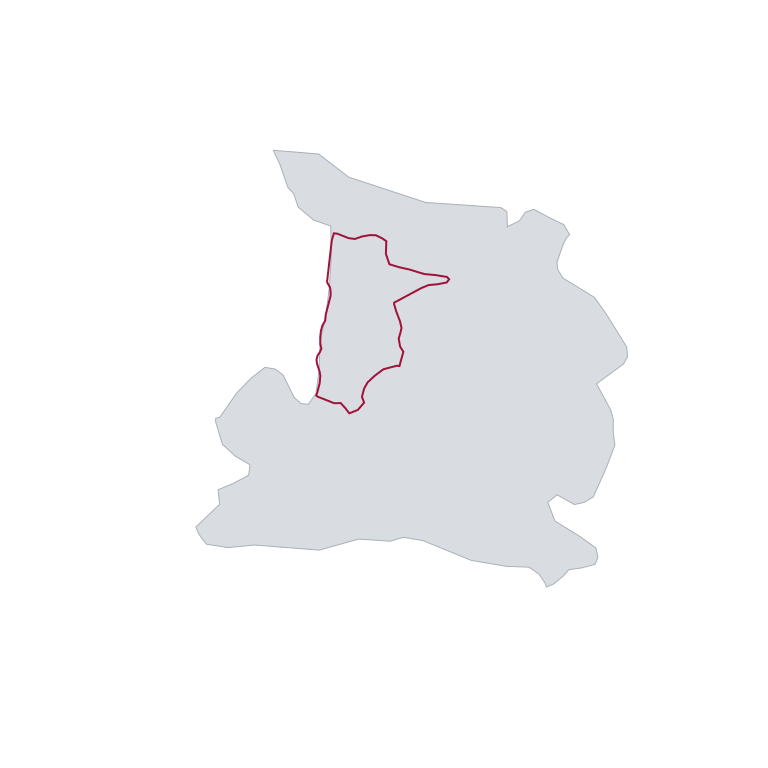 where Podgorica sits in Montenegro, rotated 152°
{"feature_id": "MNE-1517", "entity_name": "Podgorica", "entity_type": "Municipality", "adm_level": 1, "iso_a3": "MNE", "parent_name": "Montenegro", "parent_adm1": "", "projection": "natural_earth1", "projection_center": [19.345, 42.469], "detail": "fine", "context": "in_parent", "style": "outline", "palette": "rose", "viewbox_px": 768, "rotation_deg": 152, "n_neighbors": 0, "source": "natural_earth", "source_scale": "10m", "svg_char_len": 2220}
<svg xmlns="http://www.w3.org/2000/svg" viewBox="0 0 768 768"><g transform="rotate(152 384 384)"><path d="M335.9,128.5L335.2,132.3L336.4,143.4L341.9,154.2L361.2,165.3L389.7,187.2L423.1,227.4L438.5,239.4L452.3,242.3L479.2,259.0L498.0,263.1L519.1,267.7L573.9,302.6L598.5,312.8L616.1,326.0L618.0,338.3L617.2,346.0L585.6,355.0L580.1,368.6L564.8,367.0L546.3,367.0L540.2,375.6L549.1,389.9L555.0,406.6L550.4,429.6L548.8,432.7L544.4,431.8L518.3,445.2L498.8,451.5L481.3,454.6L473.0,448.2L468.9,439.5L469.6,414.2L466.4,405.7L460.4,401.6L448.5,407.6L434.5,427.1L421.6,449.8L402.1,473.4L386.1,496.1L368.7,524.7L356.9,548.5L369.2,561.8L376.7,580.4L374.4,594.4L376.6,602.5L372.8,626.9L372.0,642.3L333.7,617.7L318.0,583.1L262.0,524.7L198.0,484.9L194.6,478.7L198.2,471.0L201.3,465.0L188.0,464.5L178.6,469.3L169.8,468.0L159.8,453.1L150.4,440.2L150.0,428.8L154.3,427.3L160.7,422.8L174.2,410.2L176.9,403.5L176.3,393.5L157.5,361.6L154.9,341.0L152.3,302.6L156.3,293.6L163.2,289.2L196.3,284.4L196.0,254.5L198.0,245.5L204.6,233.1L208.8,221.7L227.2,205.5L252.1,186.1L263.0,185.5L272.5,188.2L283.2,204.9L294.9,202.7L297.4,182.7L282.1,156.5L273.9,139.7L276.5,130.5L282.2,125.7L295.4,128.7L308.0,133.3L316.0,130.2L328.6,127.8L335.9,128.5Z" fill="#d9dde1" stroke="#a8b0b8" stroke-width="1"/><path d="M449.3,405.7L446.9,407.8L440.5,414.8L436.4,421.1L435.0,425.3L433.6,433.4L432.2,437.1L429.2,440.4L425.7,442.2L422.7,444.6L421.4,449.3L418.4,455.1L415.0,460.2L411.0,464.5L406.2,467.5L402.9,472.6L390.4,486.2L389.1,487.9L386.8,493.0L386.3,495.2L386.5,499.5L386.2,501.1L362.7,535.3L357.5,540.6L354.7,538.7L346.8,529.4L341.6,525.7L334.3,524.6L326.8,522.2L321.4,519.2L317.3,513.6L314.9,509.0L321.2,498.1L323.0,487.2L315.8,480.0L307.4,472.8L301.8,467.1L296.6,462.0L287.4,456.0L278.2,449.0L277.3,445.9L280.9,444.2L284.5,445.3L289.5,446.8L298.2,450.4L306.2,451.2L324.7,451.1L336.8,451.1L337.6,449.7L339.2,441.9L340.4,432.0L342.2,425.3L345.2,421.8L349.7,417.2L352.2,409.5L351.8,403.3L358.2,396.6L361.9,392.6L364.1,394.1L377.6,397.3L388.0,395.7L397.6,393.2L403.7,389.3L409.5,383.0L410.3,376.9L419.2,373.4L428.4,374.4L429.5,380.9L431.2,387.5L437.0,390.4L442.0,396.3L448.5,403.9L449.3,405.6L449.3,405.7Z" fill="none" stroke="#9f1239" stroke-width="2"/></g></svg>